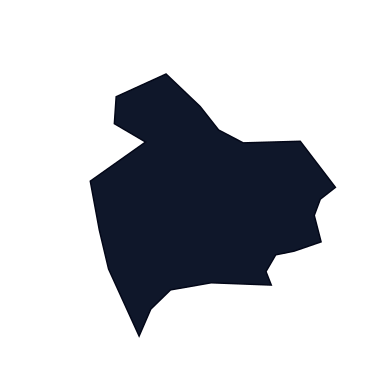 Kataliontas, Nicosia, Cyprus (Mercator projection), rotated 57°
{"feature_id": "46923920B20268452338603", "entity_name": "Kataliontas", "entity_type": "district", "adm_level": 2, "iso_a3": "CYP", "parent_name": "Cyprus", "parent_adm1": "Nicosia", "projection": "mercator", "projection_center": [33.308, 34.99], "detail": "fine", "context": "isolated", "style": "filled", "palette": "ink", "viewbox_px": 384, "rotation_deg": 57, "n_neighbors": 0, "source": "geoboundaries", "source_scale": "gbopen_adm2", "svg_char_len": 452}
<svg xmlns="http://www.w3.org/2000/svg" viewBox="0 0 384 384"><g transform="rotate(57 192 192)"><path d="M313.2,176.2L299.0,173.3L290.3,156.0L297.2,138.6L304.1,110.9L278.2,102.2L267.9,88.3L266.2,69.2L208.4,73.6L178.7,122.3L154.5,135.9L124.8,138.6L78.9,149.5L70.8,203.7L92.4,219.9L124.8,203.7L127.5,271.4L173.3,290.4L211.1,303.9L284.0,314.8L267.8,290.4L262.4,263.3L278.6,225.3L313.2,176.2Z" fill="#0f172a" stroke="#020617" stroke-width="1.5"/></g></svg>